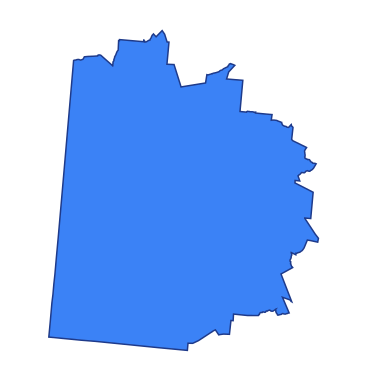 Ascensión, Chihuahua, Mexico (Albers equal-area conic projection), rotated 275°
{"feature_id": "50627088B24578642235400", "entity_name": "Ascensión", "entity_type": "district", "adm_level": 2, "iso_a3": "MEX", "parent_name": "Mexico", "parent_adm1": "Chihuahua", "projection": "albers", "projection_center": [-107.265, 31.252], "detail": "fine", "context": "isolated", "style": "filled", "palette": "blue", "viewbox_px": 384, "rotation_deg": 275, "n_neighbors": 0, "source": "geoboundaries", "source_scale": "gbopen_adm2", "svg_char_len": 5884}
<svg xmlns="http://www.w3.org/2000/svg" viewBox="0 0 384 384"><g transform="rotate(275 192 192)"><path d="M312.7,62.6L179.3,62.7L148.4,62.7L135.4,62.7L115.7,62.6L97.7,62.6L88.4,62.4L77.9,62.4L69.4,62.1L49.4,62.1L35.0,62.0L34.7,95.1L34.8,108.8L34.0,171.7L33.8,201.2L41.0,201.2L41.3,205.9L44.5,211.4L55.6,225.5L56.7,227.3L52.0,231.1L52.4,232.3L53.2,235.7L53.5,241.7L67.4,242.0L67.4,244.2L74.0,244.0L73.8,257.9L74.7,268.8L75.1,269.0L75.5,269.2L75.8,269.4L75.7,269.7L75.8,269.8L76.2,269.9L76.4,269.8L76.8,270.0L77.3,270.2L77.4,270.3L77.5,270.4L77.8,270.6L77.9,270.8L77.9,271.0L78.0,271.2L77.9,271.4L78.1,271.8L78.0,272.0L78.1,272.4L78.1,272.6L78.8,273.1L78.5,275.0L78.6,275.3L78.7,275.6L79.0,275.8L79.2,276.0L79.5,276.0L79.9,276.5L80.0,276.7L79.9,277.4L80.0,277.5L80.7,278.4L80.8,279.1L81.1,279.5L81.0,280.1L80.6,280.7L80.3,280.9L80.3,281.1L80.2,281.7L80.3,282.9L80.5,283.2L81.8,284.9L82.4,285.4L82.5,285.6L82.2,285.4L81.9,285.6L81.4,285.8L80.5,285.9L80.2,285.9L79.9,286.0L79.4,286.4L79.1,286.4L78.8,286.6L78.6,286.9L77.8,287.5L77.5,287.7L77.1,287.8L76.8,288.2L76.8,288.5L77.0,288.9L77.2,289.3L77.2,289.7L77.4,290.0L77.9,291.7L78.5,292.2L78.8,292.7L78.7,293.2L78.8,293.4L78.8,293.5L78.6,293.9L78.5,294.2L78.5,295.6L78.9,296.5L79.1,296.7L79.2,297.5L79.6,298.1L80.0,299.3L95.0,291.3L93.1,298.8L92.7,299.4L91.7,300.2L91.5,300.4L91.5,300.7L91.4,300.9L118.1,287.8L125.5,298.9L126.1,298.4L126.2,298.0L126.3,297.9L126.5,297.9L126.8,297.6L127.7,297.2L128.3,296.9L128.6,296.8L128.9,296.5L129.2,296.6L129.4,296.4L129.8,296.5L130.4,296.4L130.9,296.5L131.2,296.4L131.5,295.8L132.0,295.6L133.2,295.7L133.8,296.0L134.0,296.2L134.3,296.3L134.7,296.3L135.5,296.5L136.0,296.4L136.6,296.5L136.8,296.5L137.5,296.8L138.1,296.9L138.4,296.8L139.3,296.5L139.5,296.5L139.8,296.2L140.2,296.1L140.4,296.1L138.5,300.9L140.0,300.9L139.9,301.3L140.0,301.5L140.1,301.8L140.6,302.4L140.9,303.4L141.2,304.0L141.3,304.5L141.5,304.8L142.7,306.1L143.2,306.8L143.7,307.1L143.9,307.3L145.6,308.3L146.3,308.6L154.2,311.1L153.9,314.6L153.0,321.6L156.9,322.0L160.8,318.4L175.7,306.6L175.9,306.6L175.9,312.6L202.3,312.7L210.0,293.8L212.5,293.7L212.4,298.4L217.3,296.2L217.5,296.4L217.6,296.5L218.1,296.8L218.3,297.0L218.4,297.3L219.0,298.0L219.6,298.5L220.1,298.7L220.2,298.9L220.6,299.3L221.0,299.6L220.9,300.2L221.0,300.7L220.9,301.5L220.9,302.1L221.0,302.3L221.2,302.6L221.6,302.9L221.7,303.1L222.1,303.3L222.6,303.7L222.8,304.0L223.3,305.0L223.1,305.5L222.9,305.9L223.0,306.6L222.9,307.1L222.9,307.5L223.1,307.7L223.2,307.9L223.7,308.2L223.9,308.4L224.1,309.0L224.6,309.5L225.0,310.1L225.5,310.3L226.3,311.0L230.9,313.2L231.1,312.5L231.2,312.3L231.3,312.0L231.3,311.6L231.1,311.1L231.2,310.8L231.3,310.3L231.2,309.9L231.4,309.5L231.8,309.3L232.0,309.1L232.1,308.6L232.2,308.3L232.4,308.0L232.6,307.6L232.9,307.5L233.0,307.2L233.6,306.9L234.3,306.3L234.4,306.1L234.4,305.9L234.5,305.8L234.5,305.4L234.5,305.2L234.4,304.7L234.4,304.3L234.8,303.8L234.8,303.3L234.8,303.1L234.9,302.8L235.3,302.5L235.4,302.0L235.5,301.9L235.6,301.6L236.0,301.3L235.9,301.5L236.1,301.5L236.7,301.2L236.9,301.3L237.4,301.5L237.9,301.5L239.4,301.3L240.3,301.0L240.8,301.0L241.7,300.7L242.4,300.6L243.0,300.6L244.9,301.5L245.1,301.6L245.3,301.7L246.0,302.2L246.3,302.3L246.6,301.6L251.8,288.1L253.0,286.7L265.1,287.0L265.7,286.5L266.3,285.6L267.1,285.2L267.9,285.0L267.8,284.9L267.5,284.9L267.2,284.4L266.9,284.3L266.5,284.2L266.1,283.5L265.5,283.3L265.4,283.1L264.8,282.6L264.8,282.3L264.8,281.5L264.9,280.8L265.4,280.2L265.5,280.0L265.6,279.0L265.6,278.5L265.7,278.1L265.9,277.9L266.3,276.9L266.7,276.3L266.9,276.1L267.3,276.0L267.7,275.8L267.9,275.6L268.5,275.5L268.7,275.3L269.2,275.2L269.2,274.6L269.6,273.8L269.7,273.4L269.8,272.9L270.1,272.1L270.0,271.9L270.3,271.1L270.5,270.8L270.7,270.0L270.8,267.5L270.6,265.4L270.4,264.7L276.1,265.0L276.1,258.7L276.2,248.4L277.1,248.4L277.0,248.1L276.9,247.6L276.8,247.3L277.0,246.9L276.9,246.7L276.9,246.4L277.1,246.1L277.2,245.6L277.1,243.8L277.0,242.7L277.2,242.3L277.2,242.2L277.1,241.9L277.2,241.2L277.2,240.7L277.3,240.4L276.8,239.5L276.3,239.4L276.4,232.8L307.7,232.9L307.6,216.6L314.8,218.1L321.9,223.6L322.1,223.0L322.4,222.5L322.4,222.3L322.7,221.4L322.9,220.2L323.0,220.1L323.1,219.8L323.3,219.3L323.2,219.0L322.9,218.8L322.8,218.4L322.8,218.1L321.8,217.7L321.4,217.3L320.7,217.0L320.5,216.8L320.2,216.7L319.9,216.7L319.7,216.2L319.3,215.7L318.9,214.9L318.5,214.3L317.5,212.6L316.8,212.0L316.2,211.3L316.0,211.0L315.9,210.5L315.5,209.6L314.7,208.8L314.4,208.7L314.2,208.3L314.0,208.0L313.9,207.6L313.4,206.6L313.3,206.2L312.8,205.1L312.8,204.8L312.4,203.8L312.3,203.2L312.1,202.6L311.5,201.8L311.6,201.5L311.6,201.4L311.2,200.8L310.8,199.6L310.6,199.2L310.4,198.7L310.1,197.8L310.1,197.2L310.2,196.6L301.8,196.0L298.3,182.2L295.7,171.9L297.8,171.1L317.4,163.0L317.1,155.9L339.3,156.0L339.3,154.1L346.3,151.2L346.8,151.0L350.2,148.2L343.5,142.7L346.1,139.8L345.3,139.3L345.0,138.9L344.6,138.7L344.4,138.7L344.2,138.5L343.3,138.1L343.1,138.1L342.7,138.1L341.8,137.7L341.3,137.4L340.5,137.0L340.2,137.0L339.9,137.0L339.6,136.8L339.6,136.4L339.2,135.5L337.8,133.7L337.4,132.7L337.3,131.8L337.5,131.8L337.6,131.7L338.2,131.7L338.3,131.5L338.5,131.2L339.0,131.0L339.2,130.9L339.2,130.7L337.5,130.7L337.5,106.5L336.4,106.5L336.4,105.7L326.9,106.1L325.9,105.4L325.3,105.1L325.1,105.0L324.9,105.0L324.5,104.8L323.7,104.6L322.8,104.3L322.1,104.2L321.3,103.8L319.7,103.1L319.4,103.2L319.0,103.2L318.5,103.0L318.1,102.9L317.0,102.6L316.6,102.8L316.0,102.7L315.8,102.6L315.4,102.4L314.9,102.2L314.7,102.0L314.5,101.9L313.4,102.2L312.5,101.9L312.1,102.0L311.9,101.9L311.3,102.1L310.8,102.0L320.3,89.2L320.5,88.0L320.4,87.1L320.0,86.3L319.9,86.3L319.5,86.3L319.3,86.0L318.7,82.2L317.9,76.1L317.3,73.0L317.2,72.9L316.3,72.6L315.8,72.3L314.7,71.8L313.7,69.5L314.2,67.7L314.0,66.8L314.0,66.1L313.6,65.3L313.4,64.9L313.1,63.5L312.9,62.9L312.7,62.6Z" fill="#3b82f6" stroke="#1e3a8a" stroke-width="1.5"/></g></svg>